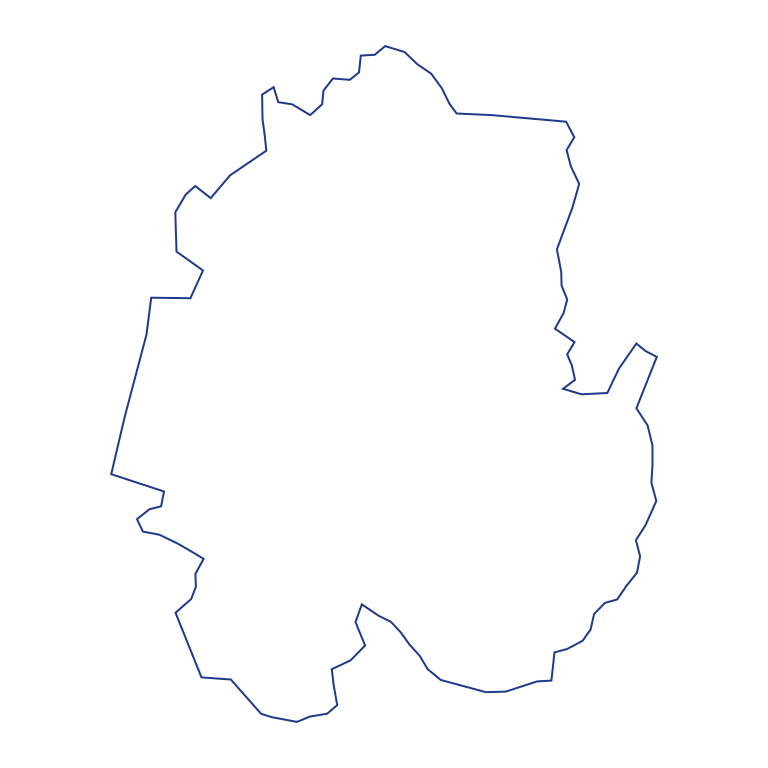 outline of São João do Oeste, Santa Catarina, Brazil
{"feature_id": "56859067B45941896173238", "entity_name": "São João do Oeste", "entity_type": "district", "adm_level": 2, "iso_a3": "BRA", "parent_name": "Brazil", "parent_adm1": "Santa Catarina", "projection": "orthographic", "projection_center": [-53.586, -27.087], "detail": "fine", "context": "isolated", "style": "outline", "palette": "blue", "viewbox_px": 768, "rotation_deg": 0, "n_neighbors": 0, "source": "geoboundaries", "source_scale": "gbopen_adm2", "svg_char_len": 1517}
<svg xmlns="http://www.w3.org/2000/svg" viewBox="0 0 768 768"><path d="M404.7,52.1L385.2,46.1L374.7,54.8L360.8,55.6L359.0,72.4L349.8,79.8L332.9,78.5L323.5,90.6L322.1,104.3L310.2,115.1L292.1,104.3L278.3,102.2L273.6,87.2L262.1,94.6L262.5,119.1L264.9,136.7L266.3,150.7L230.2,175.2L210.7,198.1L195.2,186.0L185.6,194.7L175.3,212.3L176.5,251.6L203.0,270.5L190.4,298.2L151.2,297.7L146.5,334.5L124.8,416.5L111.2,474.2L164.0,491.5L161.1,506.3L149.4,509.2L137.0,519.2L142.9,531.6L159.3,534.7L177.3,543.4L191.9,551.8L203.6,558.9L195.4,573.9L195.9,586.8L191.2,599.0L175.5,612.7L201.5,677.4L230.8,679.5L261.1,713.8L271.9,717.2L296.9,721.9L309.8,716.6L327.2,713.7L337.2,705.1L333.7,685.3L331.8,669.2L350.6,660.3L365.1,645.5L355.5,622.1L361.8,604.4L378.7,615.8L390.9,621.8L400.5,632.1L409.6,644.7L419.7,655.8L427.7,669.2L440.8,680.0L486.0,692.2L505.7,691.6L522.6,686.1L537.1,681.4L551.4,680.6L554.5,652.4L567.1,649.0L582.6,640.8L590.6,629.5L594.1,614.0L604.9,602.9L617.1,599.5L626.7,585.5L637.0,572.6L640.1,556.3L635.9,540.2L645.5,525.2L656.3,501.0L651.4,482.6L652.5,465.2L652.5,445.7L647.6,425.4L636.4,408.3L656.8,356.9L645.3,350.9L636.4,343.5L619.0,368.5L607.3,393.0L581.5,394.3L563.0,388.8L575.0,379.8L571.9,365.6L567.2,354.3L574.5,342.1L555.0,328.7L563.7,312.9L567.2,299.5L561.6,285.5L561.2,271.8L556.9,249.4L564.9,227.8L572.2,208.3L579.2,183.9L570.8,166.2L566.6,150.1L574.3,137.2L566.1,121.7L491.5,115.1L456.6,113.5L449.3,103.5L442.0,88.5L431.2,73.7L417.4,64.3L404.7,52.1Z" fill="none" stroke="#1e3a8a" stroke-width="2"/></svg>